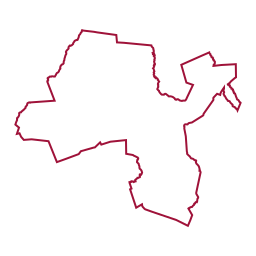 Laikipia West, Rift Valley, Kenya
{"feature_id": "3690345B46461276162505", "entity_name": "Laikipia West", "entity_type": "district", "adm_level": 2, "iso_a3": "KEN", "parent_name": "Kenya", "parent_adm1": "Rift Valley", "projection": "robinson", "projection_center": [36.893, -0.075], "detail": "fine", "context": "isolated", "style": "outline", "palette": "rose", "viewbox_px": 256, "rotation_deg": 0, "n_neighbors": 0, "source": "geoboundaries", "source_scale": "gbopen_adm2", "svg_char_len": 5719}
<svg xmlns="http://www.w3.org/2000/svg" viewBox="0 0 256 256"><path d="M236.0,77.3L235.8,64.2L221.4,65.0L213.5,65.9L213.7,64.8L214.2,64.7L214.5,64.3L214.5,63.8L214.9,63.0L214.8,62.5L214.9,61.7L214.5,61.1L213.8,60.6L213.9,60.1L213.6,59.8L213.2,59.7L213.0,59.2L213.1,58.2L212.8,57.9L212.7,57.6L212.3,57.6L211.6,57.3L211.4,56.8L211.5,56.3L211.2,56.1L210.8,55.4L210.4,55.1L210.3,54.7L210.4,54.2L209.8,53.7L209.4,53.0L209.1,52.9L209.1,52.5L202.2,55.5L181.3,64.8L186.4,82.6L193.0,84.9L187.0,97.5L186.3,99.1L185.5,100.3L185.0,100.6L182.9,100.6L182.6,100.8L181.5,100.9L179.6,100.4L179.2,100.0L178.2,99.3L177.1,99.2L176.6,99.7L175.5,99.6L175.1,99.3L174.7,98.4L173.0,97.1L171.8,96.6L170.4,96.3L169.7,96.4L168.6,96.3L168.4,95.9L165.8,93.9L165.1,93.8L164.7,94.0L164.3,94.2L164.1,94.6L163.7,94.7L161.7,94.6L161.1,94.1L159.9,92.7L159.1,91.5L159.0,90.8L158.2,90.2L157.3,89.1L157.5,88.5L158.3,86.9L158.1,86.6L158.1,85.4L158.3,85.0L158.2,84.6L157.9,84.2L158.0,83.4L159.1,81.6L158.7,81.3L158.4,80.3L158.2,80.0L157.8,79.9L157.6,78.8L157.3,78.4L156.5,78.1L156.1,78.2L155.9,77.4L155.5,77.5L155.4,77.8L155.0,77.5L154.9,77.1L154.5,77.0L154.2,76.4L154.6,76.1L154.4,75.6L153.7,74.8L153.7,74.2L154.2,73.4L154.1,73.1L153.7,72.3L154.4,71.3L154.2,70.9L153.5,68.6L153.1,68.3L153.9,67.2L153.9,66.6L154.2,66.1L153.9,65.9L153.8,65.4L154.0,65.0L154.3,65.1L154.9,64.5L155.0,64.0L154.8,63.5L154.5,63.3L154.4,63.0L154.1,61.5L154.3,61.2L154.6,60.2L154.3,59.9L154.4,59.2L154.8,58.6L154.8,58.0L154.7,57.1L153.8,56.2L154.0,55.6L154.5,55.6L154.7,55.3L154.3,54.9L154.4,54.4L154.2,54.0L153.5,54.4L153.0,54.3L153.2,53.2L152.8,52.9L153.6,52.4L153.8,52.0L153.7,51.2L153.8,50.9L153.6,49.9L153.4,49.7L153.3,48.4L153.1,47.9L152.4,47.3L151.7,46.5L151.4,45.4L123.9,42.8L117.0,42.4L116.3,35.0L97.3,32.4L93.9,31.8L83.5,30.6L82.1,30.2L81.8,30.9L81.8,31.7L81.2,32.5L80.8,32.7L80.2,34.1L79.0,35.4L78.7,37.2L77.6,39.8L77.2,40.0L76.7,39.9L76.3,40.0L75.9,40.3L74.7,40.8L74.0,42.0L73.5,42.6L73.1,43.5L73.1,44.0L71.7,45.3L70.5,45.8L70.2,45.5L69.8,45.5L68.8,46.7L68.5,47.3L68.6,48.4L68.4,48.8L66.6,50.6L66.0,51.7L66.2,52.2L66.0,52.6L66.3,53.4L66.2,54.2L65.5,55.2L64.9,57.4L64.5,58.5L64.3,60.3L63.9,60.9L63.7,61.8L63.6,62.6L63.7,63.1L63.2,63.9L62.5,64.4L61.9,64.5L61.6,64.7L60.8,65.9L60.5,66.2L60.2,67.5L60.4,68.3L60.3,68.7L60.0,68.9L59.9,69.3L59.6,69.6L59.2,70.3L58.9,71.3L58.5,71.9L58.2,72.3L56.8,73.1L56.1,74.3L56.0,74.7L55.7,75.1L54.9,76.5L53.5,76.5L53.2,76.4L52.2,76.3L51.5,76.4L51.1,76.7L50.0,76.5L49.7,76.7L48.7,77.6L48.4,77.5L47.7,78.0L47.6,78.4L48.0,79.2L48.2,80.0L47.6,80.5L47.8,81.0L47.3,81.7L54.6,100.7L30.7,102.4L30.4,102.6L30.0,102.4L29.6,102.6L29.1,102.4L27.6,103.1L27.2,103.9L27.1,104.3L27.2,104.8L27.0,105.2L26.2,106.2L25.7,106.6L25.5,107.2L25.6,107.7L25.4,108.1L25.0,108.4L23.3,110.2L22.9,110.3L22.3,111.0L21.6,111.4L21.1,112.3L20.1,112.4L19.3,112.9L19.1,113.2L19.3,114.1L19.1,115.3L18.8,116.0L18.4,116.8L17.7,117.6L17.4,117.7L17.1,118.1L17.2,118.5L17.0,118.9L17.1,120.0L16.1,122.3L15.4,124.6L19.0,127.6L16.9,133.9L19.5,133.3L21.1,136.8L23.8,139.9L31.6,139.3L48.5,141.2L56.9,162.1L65.8,158.9L78.7,154.1L80.9,151.2L93.6,147.6L94.9,147.4L100.1,142.4L101.3,144.6L110.4,141.7L126.0,140.1L126.2,153.8L132.9,155.0L133.9,155.7L135.3,156.3L137.8,157.6L137.9,158.1L138.2,158.3L138.2,158.8L138.0,159.2L137.2,160.1L137.4,160.5L137.0,161.6L137.0,162.0L137.1,162.3L138.5,163.6L138.7,163.9L138.8,164.8L139.3,165.9L139.5,167.1L139.4,167.7L139.7,168.7L140.7,169.5L141.5,170.6L142.1,172.5L141.6,174.0L141.1,174.7L140.3,174.3L139.8,174.4L139.7,174.8L139.8,175.2L139.7,175.7L140.0,176.2L139.8,176.6L139.8,177.2L139.1,177.4L137.8,178.1L137.4,177.9L137.2,178.3L135.3,179.8L135.5,180.9L135.2,180.8L134.6,181.2L134.8,181.6L133.8,182.0L133.6,181.6L133.1,181.5L132.6,181.6L131.9,181.2L131.3,181.4L131.5,181.8L130.5,182.2L129.5,182.1L129.5,182.7L131.5,188.6L130.1,189.3L136.2,207.7L142.0,204.3L142.3,206.2L142.6,206.7L144.5,208.8L145.2,209.3L151.9,211.7L176.3,220.0L187.9,225.8L190.3,220.2L192.2,215.1L188.4,208.5L188.8,208.1L189.5,208.1L190.1,207.4L190.5,207.2L192.1,206.9L192.8,205.9L193.4,205.3L193.8,205.1L194.0,204.9L194.2,203.7L194.6,203.4L195.1,203.4L195.2,202.9L195.5,202.7L195.6,202.3L196.2,201.9L196.9,202.1L197.2,201.1L197.2,200.6L197.5,198.6L198.1,197.9L198.2,197.1L196.3,193.8L196.2,192.9L200.6,172.3L200.5,171.9L199.9,170.5L199.5,170.6L199.5,170.2L199.8,170.1L199.6,169.1L199.2,167.5L198.8,166.3L197.8,165.0L196.4,163.6L195.9,162.4L195.9,161.9L196.2,160.8L196.0,160.4L195.5,160.2L194.6,160.2L194.3,160.0L193.6,159.2L192.7,158.7L191.2,158.4L190.9,158.1L189.7,156.3L188.9,155.7L187.2,154.0L187.1,153.6L187.2,152.8L186.9,151.7L186.8,150.8L185.8,136.3L184.3,128.5L184.3,127.8L184.5,126.9L184.1,126.2L184.2,125.3L184.7,124.6L185.1,124.4L185.5,124.3L187.5,124.4L188.5,123.3L189.1,123.0L191.9,122.5L202.9,115.6L203.3,115.2L203.6,113.8L213.2,100.2L213.4,99.8L213.3,98.3L213.4,97.8L213.6,97.5L217.1,93.8L220.2,94.9L220.6,93.1L221.1,92.0L222.3,90.1L224.0,87.6L224.0,88.5L223.7,88.9L223.8,89.3L223.5,90.2L223.5,90.8L224.1,92.0L224.1,92.5L223.6,93.5L223.6,94.1L224.3,95.4L224.3,95.7L224.9,96.1L226.4,98.9L227.5,100.0L227.8,100.8L228.3,101.0L229.3,101.1L229.6,101.2L230.3,102.5L231.2,103.5L232.3,104.4L232.6,104.8L232.5,105.8L232.7,106.2L233.4,106.6L234.7,107.0L235.1,107.7L235.7,108.0L236.1,108.7L236.4,109.0L236.8,109.0L237.1,109.4L237.5,110.4L240.6,102.8L240.3,102.4L239.5,102.0L238.7,100.5L238.1,99.8L237.3,99.6L236.9,99.0L236.7,98.0L236.0,96.6L235.6,95.1L235.4,94.8L235.1,93.7L234.6,93.4L234.4,93.0L234.0,93.1L233.5,91.9L233.7,91.3L232.8,90.5L233.0,89.5L232.1,88.8L231.5,88.8L231.3,87.6L230.5,87.4L229.9,86.7L229.7,86.4L229.6,86.0L229.9,85.6L229.7,85.2L228.0,84.8L227.8,84.3L228.8,83.5L229.6,83.1L230.9,81.4L234.9,78.0L236.0,77.3Z" fill="none" stroke="#9f1239" stroke-width="2"/></svg>